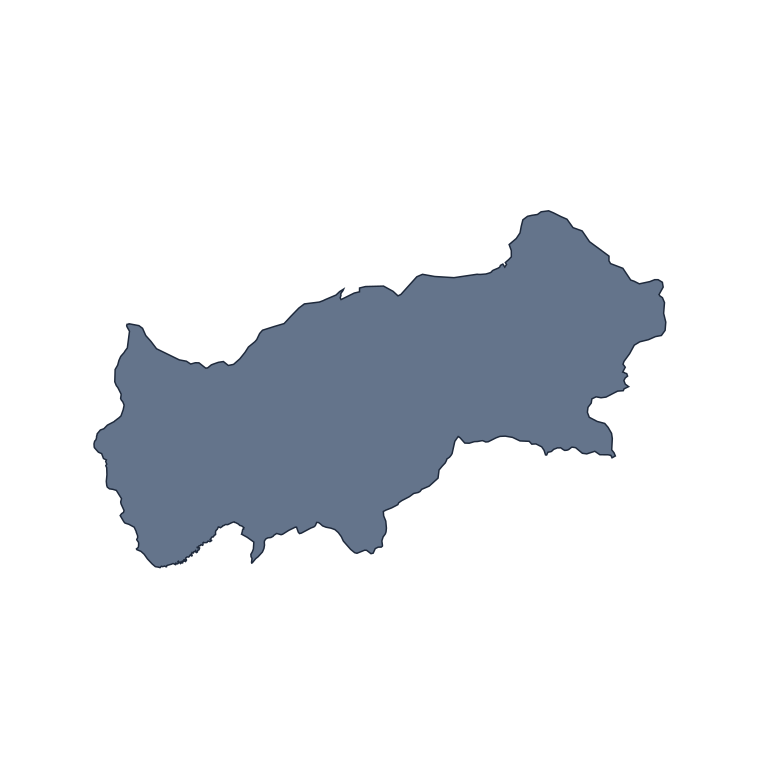 outline of Rejang Lebong, Bengkulu, Indonesia, rotated 154°
{"feature_id": "22746128B47928451075254", "entity_name": "Rejang Lebong", "entity_type": "district", "adm_level": 2, "iso_a3": "IDN", "parent_name": "Indonesia", "parent_adm1": "Bengkulu", "projection": "orthographic", "projection_center": [102.767, -3.438], "detail": "fine", "context": "isolated", "style": "filled", "palette": "slate", "viewbox_px": 768, "rotation_deg": 154, "n_neighbors": 0, "source": "geoboundaries", "source_scale": "gbopen_adm2", "svg_char_len": 6126}
<svg xmlns="http://www.w3.org/2000/svg" viewBox="0 0 768 768"><g transform="rotate(154 384 384)"><path d="M160.1,467.5L167.3,469.9L171.8,469.1L177.2,470.8L181.5,471.8L187.2,470.7L191.5,465.6L195.5,460.2L201.3,456.8L210.4,454.5L211.1,448.1L213.8,442.5L217.2,441.2L221.7,440.0L221.5,437.7L224.2,436.1L224.6,439.7L227.3,439.6L228.8,438.3L230.5,438.1L236.1,438.4L237.5,438.1L238.2,437.6L240.0,437.5L244.2,438.2L249.3,440.2L251.6,441.4L252.1,441.8L274.5,448.9L291.3,458.4L301.3,465.7L307.5,466.0L329.5,457.1L332.8,457.1L335.2,463.3L341.5,472.2L357.9,479.7L363.9,481.0L365.6,477.6L370.9,478.8L385.6,478.7L385.6,480.7L383.9,482.4L383.4,483.9L382.5,484.6L380.0,485.9L378.7,487.0L383.4,486.5L388.1,485.0L399.9,485.6L402.2,485.6L406.2,486.0L420.5,490.9L427.2,489.6L437.5,485.9L447.3,482.1L457.4,483.8L469.6,485.6L473.0,484.2L473.9,483.7L478.9,479.7L481.5,478.6L489.6,476.7L495.0,473.4L502.6,469.8L510.6,467.6L515.8,468.9L518.5,474.6L523.4,476.1L528.4,476.7L530.8,476.9L535.4,475.8L537.3,476.4L541.0,484.1L544.2,485.8L549.0,486.7L551.6,491.1L557.4,495.4L573.0,515.4L574.8,524.5L576.9,532.0L576.6,539.9L578.7,543.9L586.2,549.5L586.2,549.4L588.8,550.3L589.8,549.1L589.9,547.5L589.6,543.0L598.9,528.9L602.1,527.3L603.8,526.2L608.1,524.4L608.9,523.9L611.9,521.4L615.1,517.7L619.3,514.9L625.0,504.0L625.3,499.9L624.8,497.5L624.7,490.4L625.0,489.5L627.1,486.4L627.1,484.5L626.6,482.6L626.8,479.2L627.3,478.3L629.7,475.2L634.4,470.6L637.0,469.8L641.9,468.9L642.9,468.5L650.6,468.3L655.4,466.6L659.1,467.0L663.6,465.0L664.5,463.7L665.2,463.1L665.8,461.9L666.5,461.1L667.3,460.2L669.2,459.4L670.9,457.3L672.1,454.4L672.0,454.1L672.2,453.7L671.7,451.8L670.6,447.9L668.3,445.2L668.8,440.0L666.8,437.4L668.1,436.4L668.3,433.5L669.9,432.5L669.9,430.4L672.8,423.9L676.3,418.2L677.7,414.3L677.9,412.6L676.7,410.1L673.9,408.2L671.2,405.7L670.2,396.0L672.4,393.4L672.9,391.5L673.1,384.3L674.4,382.8L676.7,382.5L678.8,381.4L678.2,374.1L677.8,372.6L674.8,369.7L671.3,364.8L671.4,359.8L671.6,359.6L672.0,355.5L672.9,353.7L674.4,352.7L674.5,352.1L674.1,349.9L674.2,348.8L674.5,348.1L675.6,346.1L676.3,345.1L676.7,344.8L678.8,344.3L678.8,343.5L675.8,340.1L674.2,336.1L673.3,330.5L671.3,324.0L669.6,320.1L666.8,318.1L665.9,317.2L665.6,317.1L664.2,317.8L663.8,317.7L663.1,316.9L660.9,316.5L660.2,315.4L659.8,315.1L659.5,315.1L659.0,315.9L658.3,316.0L654.1,315.2L652.5,315.2L652.1,315.0L650.6,313.0L650.3,313.0L650.0,314.2L649.8,314.3L649.5,314.1L648.5,312.9L647.8,312.9L647.4,313.2L647.0,314.8L646.5,314.9L645.7,311.8L645.2,311.9L645.1,312.8L644.9,313.0L644.6,313.1L643.8,311.6L643.2,311.6L643.2,313.0L642.9,313.2L641.6,312.4L641.3,312.4L641.2,312.6L641.1,313.5L640.8,313.8L640.1,313.5L640.4,311.7L640.2,311.4L638.8,312.2L638.6,312.8L638.8,314.0L638.2,314.7L636.6,314.9L635.5,314.1L635.1,314.1L633.2,315.2L632.9,315.1L632.3,313.8L631.7,313.8L631.5,314.5L631.8,315.5L630.3,316.7L629.8,315.8L629.4,315.7L628.4,316.6L628.1,316.6L627.2,316.1L626.4,316.9L626.3,316.7L626.7,315.1L626.5,314.7L626.0,314.7L625.4,314.8L624.5,316.0L624.1,316.2L623.3,316.0L622.9,316.2L621.6,317.4L621.7,317.7L623.5,318.6L623.6,318.9L623.4,319.2L622.0,318.8L621.3,319.6L620.1,319.3L618.8,319.8L617.9,318.6L617.3,318.7L616.2,320.7L615.7,320.8L614.8,320.0L612.8,319.2L612.5,319.2L611.3,319.9L610.9,319.8L609.5,318.6L607.6,318.8L607.5,319.0L607.5,319.3L608.3,319.9L608.4,320.5L605.5,321.9L604.5,321.4L604.2,321.5L602.8,322.5L601.7,322.4L601.3,322.6L600.4,324.7L599.6,325.7L598.8,326.1L597.4,326.6L595.6,328.1L595.1,327.9L594.0,326.5L591.4,326.9L590.9,327.3L590.1,327.0L588.1,327.2L586.1,326.1L581.5,326.1L579.1,325.8L578.8,324.9L578.2,324.6L576.3,322.0L575.6,320.1L574.1,318.8L572.9,316.3L573.7,315.9L573.6,315.4L573.7,315.2L574.3,315.3L575.2,314.8L575.9,313.6L576.6,313.0L577.3,311.9L577.9,311.5L574.1,306.1L570.3,299.0L573.7,293.0L575.9,290.9L578.3,289.3L579.2,287.1L579.1,285.1L581.2,281.9L581.4,281.1L580.8,281.0L575.8,283.3L572.9,283.9L566.9,286.3L564.0,288.8L562.0,291.6L561.2,293.7L560.3,295.3L558.3,296.5L556.0,296.7L553.0,295.6L550.5,295.7L549.2,296.3L546.0,296.7L542.6,293.7L541.0,293.4L533.7,294.2L526.6,294.2L525.4,293.6L526.0,288.3L525.5,286.6L523.6,286.2L512.8,286.6L509.6,286.3L507.8,286.8L505.2,289.1L503.6,288.2L502.6,286.4L501.4,283.4L498.9,280.7L494.9,277.7L491.9,274.6L490.2,270.5L489.3,265.5L489.4,260.6L486.5,250.0L484.3,245.2L482.5,243.7L474.2,243.1L472.5,242.1L470.1,237.2L467.9,236.7L464.0,239.9L460.7,239.9L457.9,238.6L456.5,239.0L456.1,239.7L454.7,243.9L451.9,246.9L448.5,248.7L447.0,250.2L445.0,253.4L442.5,260.0L442.1,265.6L440.5,269.7L437.5,269.8L431.4,269.3L424.4,269.5L422.9,270.8L419.1,271.4L410.6,271.6L405.3,272.6L400.8,271.5L398.8,271.6L396.3,272.8L388.2,272.4L376.7,275.7L372.2,282.6L367.8,284.6L363.6,286.2L361.5,287.8L360.4,289.0L357.2,289.5L355.0,290.5L353.3,291.6L345.5,301.4L340.5,304.2L340.3,303.9L340.1,304.0L339.2,302.3L337.3,295.5L333.3,293.4L328.1,292.6L325.1,291.3L321.1,290.2L320.0,289.7L318.0,287.3L315.7,286.4L306.9,286.5L302.8,286.1L297.9,284.0L291.9,279.7L286.7,273.2L278.6,268.8L277.6,265.2L273.7,263.5L269.8,258.4L269.2,254.2L269.9,249.5L269.5,249.1L268.9,248.9L266.6,250.8L263.6,250.0L262.2,250.2L260.1,250.9L255.7,250.5L254.8,249.8L253.3,249.4L251.5,246.2L250.7,245.1L248.6,244.3L246.9,244.1L243.0,244.9L242.5,244.7L239.7,242.8L236.1,234.8L232.4,232.3L224.0,231.1L221.0,225.8L213.7,222.2L211.4,220.4L211.4,217.7L207.6,217.9L207.4,221.3L208.2,225.0L202.7,234.9L201.1,239.9L201.6,246.8L202.9,251.8L208.8,256.9L214.1,264.1L213.6,269.4L210.9,273.6L206.1,276.0L203.7,279.5L199.0,279.5L195.0,276.5L190.2,274.9L177.2,275.2L171.9,273.1L170.3,274.4L165.3,274.4L167.2,278.1L166.9,281.9L164.5,283.7L161.6,284.3L161.3,286.9L162.9,288.5L162.9,288.8L164.2,290.1L159.8,293.3L160.5,297.0L158.4,299.1L149.9,303.6L142.0,309.2L135.6,309.8L126.9,307.9L119.2,307.6L113.4,306.0L107.8,309.0L103.6,316.1L101.7,324.9L96.2,334.2L95.9,339.5L97.5,342.4L97.5,343.8L98.2,343.4L90.6,348.7L89.2,353.4L91.9,357.6L94.9,359.1L100.2,359.5L110.6,362.1L114.2,366.8L116.7,369.3L118.6,383.3L127.6,392.9L127.8,396.1L125.7,400.3L136.9,421.8L138.8,434.7L145.6,441.7L147.3,451.9L151.5,456.8L156.7,463.6L160.1,467.5Z" fill="#64748b" stroke="#1e293b" stroke-width="1.5"/></g></svg>